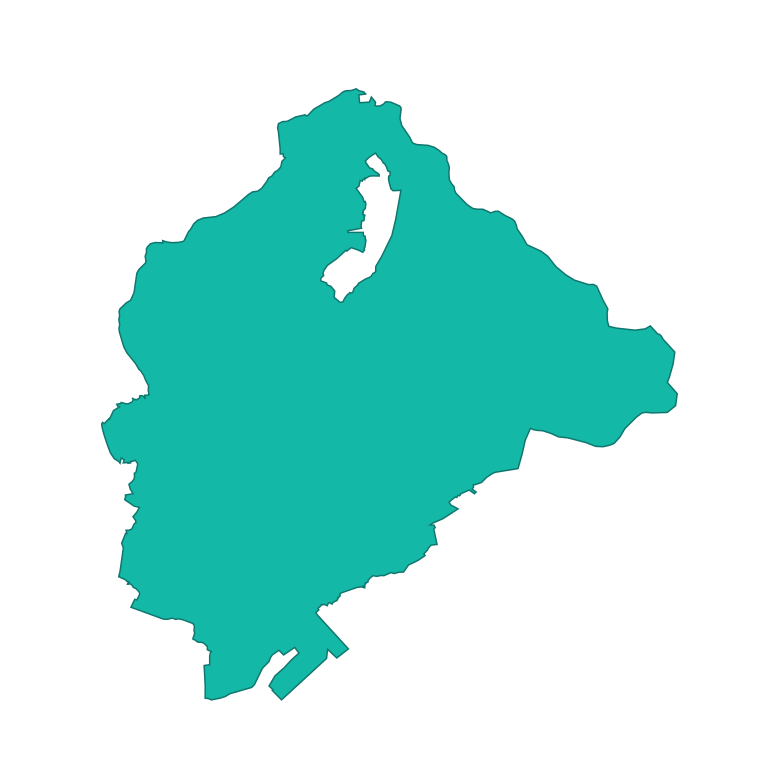 the district of Tusnad, Harghita, Romania, rotated 171°
{"feature_id": "2599482B98397413805718", "entity_name": "Tusnad", "entity_type": "district", "adm_level": 2, "iso_a3": "ROU", "parent_name": "Romania", "parent_adm1": "Harghita", "projection": "equal_earth", "projection_center": [25.878, 46.177], "detail": "fine", "context": "isolated", "style": "filled", "palette": "teal", "viewbox_px": 768, "rotation_deg": 171, "n_neighbors": 0, "source": "geoboundaries", "source_scale": "gbopen_adm2", "svg_char_len": 6162}
<svg xmlns="http://www.w3.org/2000/svg" viewBox="0 0 768 768"><g transform="rotate(171 384 384)"><path d="M447.5,657.7L449.0,653.7L448.8,650.0L449.8,632.2L450.6,627.4L447.6,627.1L447.7,624.3L445.9,622.8L450.0,619.8L451.9,614.7L452.7,613.9L455.7,611.6L458.8,610.4L462.3,606.9L465.7,605.6L468.0,602.5L474.1,596.5L478.6,594.2L483.7,594.3L488.5,592.2L504.5,582.4L514.9,577.8L523.9,575.6L536.3,576.2L542.3,574.9L546.7,572.1L550.8,567.0L553.2,565.1L559.1,556.7L559.9,556.3L564.5,556.0L571.6,556.8L576.5,558.3L580.2,560.2L580.2,558.0L587.7,559.5L590.7,559.3L592.8,559.0L596.2,556.4L597.5,554.7L598.0,551.2L599.9,547.6L599.9,542.7L600.4,541.0L608.3,535.3L610.8,532.0L616.6,513.3L621.2,506.3L626.0,504.4L633.1,499.4L634.3,497.1L634.4,493.0L635.8,489.2L635.8,483.7L637.0,480.8L637.2,476.8L635.2,461.4L633.0,454.9L626.2,443.1L623.8,436.8L622.2,435.0L620.0,430.1L618.6,424.2L616.8,419.2L617.9,414.4L617.8,409.9L622.2,410.3L622.0,407.6L622.4,407.3L624.0,409.9L626.3,410.6L627.2,410.4L627.4,408.5L631.4,407.0L632.1,407.8L633.3,407.8L634.8,409.7L634.1,407.7L635.5,405.7L639.6,404.5L641.6,404.7L646.5,406.9L647.1,405.9L651.2,405.8L650.4,403.7L648.9,402.8L655.3,400.1L660.5,392.4L660.7,393.0L666.6,388.6L667.9,390.1L669.1,388.7L669.2,384.7L668.3,376.7L666.7,367.0L665.0,358.7L662.0,352.3L658.2,349.1L657.1,347.1L655.2,352.0L652.4,349.8L653.9,346.9L649.1,346.5L649.2,345.8L647.5,345.7L646.5,345.8L646.8,347.1L643.7,347.0L641.6,347.7L639.7,343.7L642.4,336.4L643.3,335.2L644.6,334.9L644.9,331.4L645.6,329.5L647.7,327.2L651.6,324.9L651.1,320.1L649.1,314.9L656.8,314.8L656.8,313.3L658.2,310.3L649.9,302.5L644.9,300.4L648.2,296.1L652.7,292.2L650.7,288.2L650.7,285.8L652.5,285.1L655.8,280.2L658.7,279.5L661.6,279.9L661.4,276.4L662.6,276.8L668.0,267.8L667.1,262.8L673.9,240.6L676.2,235.2L669.9,231.0L668.8,229.3L666.7,228.4L666.7,227.8L668.2,227.3L668.7,226.4L666.0,226.2L664.8,225.5L663.5,222.5L660.8,220.5L658.4,216.9L658.1,214.7L661.8,209.4L663.9,210.3L668.9,203.1L638.7,186.3L634.7,185.5L629.6,185.9L626.7,184.1L623.6,184.2L619.8,182.7L610.8,177.7L609.6,176.4L609.2,173.7L610.2,170.6L610.0,167.4L612.5,162.6L612.5,161.6L611.0,161.0L608.3,158.2L604.6,157.4L602.4,156.1L599.5,152.2L600.1,149.2L596.4,146.7L597.5,145.7L598.7,142.7L600.1,134.0L605.7,134.1L607.8,113.8L609.8,101.6L606.6,100.8L604.0,99.0L594.6,99.4L589.6,100.2L584.6,102.2L562.2,105.0L559.1,107.2L548.6,122.2L540.9,127.9L539.1,131.3L536.5,134.1L529.4,137.4L525.5,132.1L513.4,137.8L510.1,131.5L518.7,125.9L526.9,119.4L537.3,112.8L544.8,103.7L541.5,99.4L542.3,98.8L542.0,98.4L534.6,88.1L483.7,121.9L481.2,130.8L473.5,120.8L460.6,127.9L486.1,166.5L487.0,168.9L483.7,171.1L484.4,172.7L480.9,174.9L480.6,176.0L480.0,176.1L479.0,175.4L477.5,175.7L474.7,173.9L473.5,176.0L472.2,176.7L469.8,174.7L468.3,176.4L464.4,177.5L462.9,179.4L463.2,180.4L461.9,180.5L460.4,181.7L460.5,183.3L459.2,184.3L442.5,187.3L438.1,187.2L435.0,185.7L434.7,186.4L435.8,187.7L434.5,187.6L434.0,189.5L433.1,189.7L433.2,190.4L430.8,191.0L430.5,192.3L428.6,194.2L424.9,196.4L421.4,195.2L416.4,195.3L414.1,194.7L406.6,196.6L403.6,195.2L398.8,195.8L394.1,195.2L388.1,201.4L378.1,204.4L370.3,208.1L371.2,210.0L366.9,213.3L366.3,214.5L363.4,217.0L362.2,217.5L356.7,217.2L357.5,231.8L357.4,233.2L355.9,234.1L356.6,236.7L360.5,237.5L358.1,238.8L346.8,241.8L330.4,249.1L337.1,254.2L338.2,257.2L331.5,261.2L329.8,260.6L328.3,262.5L326.7,261.8L325.0,263.7L316.4,265.9L311.9,261.5L309.9,262.9L313.3,266.4L311.8,268.1L311.4,270.6L309.7,270.3L303.1,271.5L297.3,275.7L290.6,278.8L287.7,279.4L264.9,279.5L258.5,293.3L253.3,306.4L246.3,317.3L243.7,315.6L239.9,314.2L234.5,313.0L227.0,309.2L219.9,304.5L210.7,302.0L193.6,294.5L184.7,289.3L177.5,287.8L170.8,288.2L166.0,289.3L159.3,294.7L153.1,302.2L139.9,311.8L133.9,315.0L130.2,315.1L123.8,313.5L108.7,311.6L99.4,317.0L95.9,328.5L103.9,341.2L101.2,345.8L95.3,358.6L91.8,370.0L101.4,384.6L102.6,387.9L104.1,389.9L105.7,390.4L111.9,399.7L117.3,397.6L127.6,397.9L145.9,402.9L152.9,405.8L153.5,411.3L152.5,419.5L151.2,423.1L154.5,432.4L158.6,447.3L161.4,449.5L166.5,450.2L179.7,456.8L187.6,463.6L195.8,473.0L202.2,484.4L208.0,490.5L221.0,499.2L224.4,508.3L228.2,516.3L228.5,520.5L229.5,524.5L231.9,527.2L238.0,531.4L243.9,536.7L247.1,537.2L251.7,536.3L258.9,541.1L264.8,542.1L268.8,543.5L273.8,548.1L283.1,561.2L284.0,564.5L283.9,568.0L285.8,571.0L287.5,575.5L286.9,582.2L285.6,587.7L286.1,591.8L287.0,594.9L286.4,598.1L286.7,599.4L287.7,600.9L290.6,603.0L292.7,605.7L297.1,609.8L303.1,612.8L314.3,615.4L318.1,617.6L320.0,623.7L326.0,636.4L326.7,643.7L324.1,652.8L324.1,654.6L325.1,656.2L333.0,661.2L337.4,662.4L338.6,662.3L340.7,660.5L344.3,659.3L348.1,659.6L349.3,660.8L348.4,663.0L348.5,664.1L351.6,669.4L354.3,664.7L364.1,665.6L363.6,673.5L356.1,673.2L357.3,673.8L358.0,675.5L362.7,677.5L365.3,679.9L370.2,679.0L376.0,679.6L379.2,678.8L383.1,676.3L394.3,671.7L398.3,671.1L410.4,666.4L417.5,661.0L418.6,661.0L419.8,662.2L429.4,661.6L438.4,658.6L443.3,659.0L447.5,657.7ZM411.9,471.4L414.7,471.6L419.7,477.4L418.1,483.6L421.2,488.8L424.6,490.7L424.9,492.8L430.5,495.8L429.7,498.4L426.6,500.6L426.9,503.0L425.4,505.8L421.2,510.1L411.2,515.1L400.7,522.0L399.9,521.1L395.1,523.8L388.1,520.1L384.4,517.4L382.2,519.5L382.4,520.8L381.3,522.5L379.3,529.0L379.8,529.2L379.5,532.9L381.0,533.5L380.8,537.0L396.0,539.4L395.8,541.0L381.8,541.4L382.0,543.4L380.6,548.5L378.5,548.4L377.9,549.3L377.4,552.8L376.7,552.9L376.5,553.8L378.3,554.6L377.8,556.3L378.2,556.4L377.4,558.2L374.9,560.5L373.7,565.1L374.0,567.2L375.2,567.0L375.8,571.6L380.9,581.6L377.8,583.3L375.7,588.7L373.8,587.8L372.9,589.4L371.1,588.8L370.6,590.5L369.8,590.0L366.3,591.4L363.8,591.5L356.2,590.2L356.0,591.5L356.9,592.9L360.2,595.8L361.7,598.4L364.5,599.7L367.3,605.5L367.4,607.3L362.8,610.5L356.2,613.4L354.3,609.3L351.5,606.1L350.0,602.2L349.1,601.9L347.5,597.7L347.0,594.1L344.8,592.4L345.4,589.1L346.8,588.6L347.4,586.3L347.4,582.3L346.6,575.5L344.8,573.5L337.0,572.6L346.8,544.5L353.0,529.4L366.1,510.7L373.7,501.4L374.6,496.5L376.1,495.1L377.3,495.2L380.3,492.0L385.8,490.6L393.5,487.4L394.6,485.8L398.6,483.2L400.6,479.3L402.0,479.0L403.6,479.6L404.7,478.5L405.8,478.2L409.2,475.1L411.9,471.4Z" fill="#14b8a6" stroke="#0f766e" stroke-width="1.5"/></g></svg>